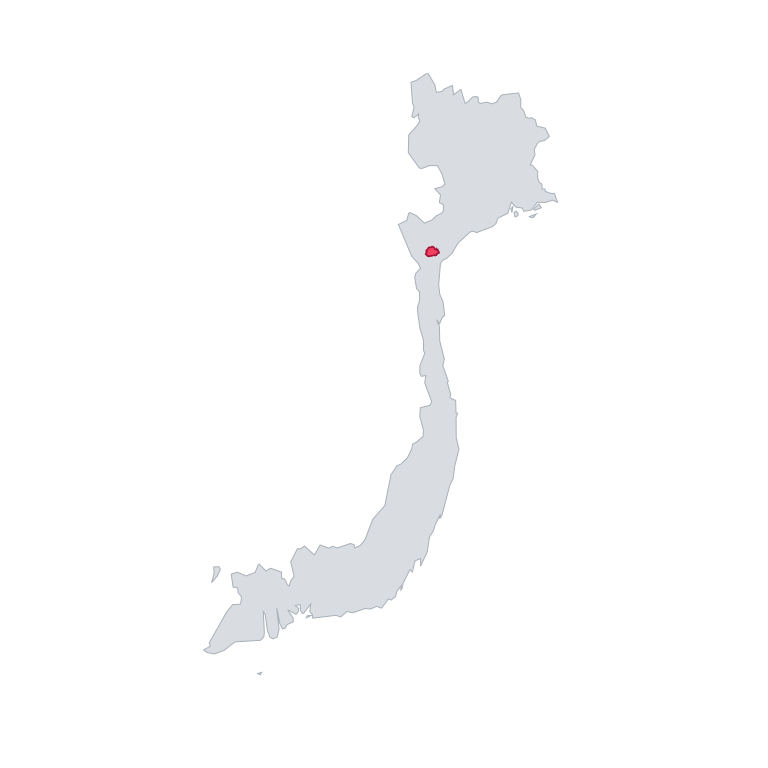 Tan Ky, Nghệ An, Vietnam (highlighted), rotated 28°
{"feature_id": "81297802B12421029194754", "entity_name": "Tan Ky", "entity_type": "district", "adm_level": 2, "iso_a3": "VNM", "parent_name": "Vietnam", "parent_adm1": "Nghệ An", "projection": "equal_earth", "projection_center": [105.224, 19.102], "detail": "fine", "context": "in_parent", "style": "filled", "palette": "rose", "viewbox_px": 768, "rotation_deg": 28, "n_neighbors": 0, "source": "geoboundaries", "source_scale": "gbopen_adm2", "svg_char_len": 6193}
<svg xmlns="http://www.w3.org/2000/svg" viewBox="0 0 768 768"><g transform="rotate(28 384 384)"><path d="M451.9,142.1L446.7,142.5L441.2,148.0L434.0,151.6L432.3,161.4L426.3,165.9L423.4,163.8L417.4,165.9L411.0,163.7L413.2,175.1L406.8,184.0L407.5,189.8L405.8,194.2L394.6,206.9L391.2,207.1L388.8,209.2L383.3,224.3L382.6,236.9L380.2,244.1L377.8,247.1L377.2,251.0L385.8,271.0L391.5,279.0L397.1,283.2L405.4,295.0L404.2,298.1L404.8,304.8L400.9,302.8L401.3,303.6L406.0,307.3L413.1,320.0L425.5,333.5L427.5,340.4L439.5,351.4L439.2,352.9L447.7,361.8L448.7,365.3L455.0,364.9L460.9,375.4L462.7,375.4L463.4,379.8L472.9,397.4L480.8,406.4L484.8,422.7L489.5,435.2L489.6,442.3L496.8,472.7L496.4,476.7L495.0,472.7L495.3,484.3L496.5,490.4L496.0,497.9L501.0,512.0L501.8,527.6L498.2,520.9L494.4,525.6L497.3,536.7L494.1,535.7L494.4,550.7L495.9,555.9L495.5,557.9L493.9,553.9L492.6,561.0L494.0,565.9L491.8,571.4L488.8,571.7L487.1,583.0L481.7,583.9L477.8,589.0L473.0,590.9L463.9,600.6L458.1,602.3L455.1,610.0L450.0,610.9L431.0,624.2L428.8,621.0L425.3,619.8L422.6,612.7L420.7,624.1L419.3,624.9L416.3,622.7L413.5,618.2L409.6,621.3L414.0,622.2L415.2,625.2L414.5,628.7L405.0,628.6L413.6,633.2L415.5,636.6L411.3,642.1L411.3,646.1L409.3,647.9L404.5,644.4L394.3,632.0L406.4,649.6L408.5,657.5L405.7,661.1L402.2,661.2L396.5,656.0L387.4,643.4L384.3,641.7L395.0,659.6L396.6,663.6L395.3,668.3L373.5,681.6L367.7,694.5L360.9,702.1L353.6,704.1L349.6,703.5L353.7,696.9L351.2,694.5L352.1,659.0L354.0,649.8L360.2,646.1L360.2,644.1L358.0,638.7L353.0,636.7L350.7,632.8L346.1,634.2L338.4,623.6L342.9,619.0L352.3,618.2L358.7,610.9L357.9,602.7L358.6,601.6L367.4,604.6L370.4,599.9L381.8,598.2L385.0,603.7L387.8,602.8L393.0,606.7L395.1,606.8L394.1,601.2L395.0,596.1L385.1,584.8L384.9,569.9L387.3,569.1L389.9,564.5L402.8,567.6L403.2,556.1L412.5,554.8L414.6,551.6L420.0,550.5L429.2,540.6L433.0,539.9L435.1,542.5L438.7,537.9L440.3,530.2L437.6,508.8L441.8,490.9L432.8,460.9L433.8,450.3L436.6,446.7L439.3,438.0L439.0,428.4L437.5,423.7L439.9,420.3L443.1,411.7L440.2,405.8L430.9,395.9L427.2,387.9L434.5,381.4L434.6,377.4L419.5,364.0L416.9,356.9L413.4,359.7L410.7,357.9L407.1,351.1L405.6,337.9L403.2,335.8L398.1,326.6L389.6,318.0L379.5,304.0L377.4,299.8L376.2,293.4L372.0,286.0L368.0,284.5L360.9,275.2L360.1,271.3L362.0,264.6L357.0,261.3L348.2,258.0L321.8,236.4L327.3,228.8L325.7,221.8L326.3,220.5L333.6,220.1L344.1,223.0L349.1,217.1L351.4,210.7L355.0,205.8L355.0,203.0L352.4,197.9L347.7,197.8L345.1,190.5L337.1,187.7L342.4,182.8L344.0,178.9L336.6,171.4L328.7,166.1L321.7,169.7L316.3,175.9L313.8,176.7L296.9,168.4L288.9,152.4L292.1,139.4L292.1,134.7L288.8,132.4L287.9,129.3L285.4,134.8L283.0,134.9L280.5,125.1L277.5,122.9L266.2,104.9L269.7,101.2L275.2,90.9L277.2,89.1L288.6,96.1L293.3,102.0L298.3,98.0L298.3,95.8L304.3,88.3L309.6,96.0L313.6,87.8L323.8,98.1L325.4,96.1L327.4,89.1L330.2,87.0L332.4,86.6L335.1,90.8L337.4,91.1L342.4,86.9L347.5,86.1L350.9,82.3L351.9,74.3L353.1,72.8L366.1,63.9L371.3,68.6L374.7,75.5L379.2,77.3L384.1,81.8L387.8,81.2L389.1,79.6L393.7,79.8L397.9,84.6L406.2,82.4L413.8,87.9L411.3,93.9L407.5,96.7L406.5,99.7L406.6,106.5L409.8,110.8L410.2,122.0L412.3,121.1L420.0,124.3L422.9,129.8L426.6,133.1L429.6,133.4L432.1,137.7L434.7,136.3L435.9,138.2L441.3,137.5L445.1,135.8L451.9,142.1ZM326.6,624.5L326.9,631.8L325.1,640.4L322.9,631.0L319.6,625.4L324.0,622.9L326.6,624.5ZM440.2,154.5L435.6,159.8L433.9,159.7L436.2,152.3L440.2,154.5ZM422.1,174.6L420.8,174.7L418.2,171.3L419.6,169.4L422.5,170.7L423.1,172.3L422.1,174.6ZM437.7,166.9L435.9,168.0L433.8,167.9L438.6,162.3L437.7,166.9ZM414.5,166.8L416.4,172.5L413.7,169.6L414.5,166.8ZM428.8,622.1L425.2,626.9L425.0,624.7L428.8,622.1ZM411.2,698.9L408.4,698.9L411.4,696.0L411.2,698.9Z" fill="#d9dde1" stroke="#a8b0b8" stroke-width="1"/><path d="M364.5,249.7L364.6,249.3L364.8,249.2L365.0,249.2L365.2,248.8L365.3,248.7L365.5,248.6L365.8,248.7L366.0,248.5L366.1,248.4L366.3,248.3L366.3,248.2L366.6,247.9L366.8,247.6L366.9,247.4L367.0,247.3L367.2,247.2L367.4,247.1L367.5,247.0L367.6,246.9L367.9,246.9L368.0,246.8L368.1,246.7L368.3,246.7L368.5,246.5L368.8,246.6L369.0,246.4L369.4,246.1L369.5,246.0L369.7,245.8L369.8,245.7L369.9,245.3L369.9,245.2L370.0,244.9L370.0,244.7L369.9,244.5L369.7,244.6L369.4,244.7L369.2,244.5L369.2,244.4L369.3,244.3L369.5,244.3L369.7,244.0L370.0,243.6L370.2,243.4L370.3,243.2L370.5,243.1L370.8,242.7L371.1,242.5L371.2,242.4L371.1,242.2L370.8,241.9L370.6,241.8L370.4,241.6L370.2,241.4L370.0,241.2L369.9,241.1L369.7,241.0L369.5,240.9L369.4,240.9L369.1,241.1L368.9,241.1L368.9,240.9L369.0,240.9L368.9,240.8L368.7,240.9L368.7,240.7L368.6,240.4L368.4,240.3L368.3,240.1L368.2,240.2L368.2,240.3L367.7,240.6L367.6,240.4L367.6,240.2L367.4,240.2L367.3,240.3L367.2,240.3L367.1,240.2L367.1,240.4L367.1,240.7L367.1,240.8L366.8,240.9L366.7,241.0L366.4,241.0L366.2,241.0L366.1,240.9L365.9,241.1L365.7,241.0L365.4,241.0L365.3,240.9L365.3,240.7L365.1,240.4L364.9,240.3L364.8,240.2L364.6,240.2L364.6,240.3L364.5,240.2L364.4,240.2L364.2,240.0L363.8,239.9L363.7,239.8L363.4,239.8L363.2,239.9L362.9,240.0L362.7,239.9L362.4,239.9L362.2,239.9L362.1,240.0L361.9,240.0L361.8,240.3L361.8,240.6L361.8,240.8L361.7,240.9L361.6,241.0L361.4,241.0L361.2,241.1L361.1,241.3L360.9,241.4L360.9,241.5L360.8,241.8L360.6,241.9L360.4,241.9L360.3,242.0L360.2,242.0L359.9,241.9L359.7,242.1L359.6,242.3L359.6,242.5L359.3,242.8L359.2,243.1L359.3,243.4L359.3,243.6L359.4,243.8L359.5,243.9L359.5,244.0L359.4,244.2L359.3,244.4L359.2,244.5L359.1,244.8L359.0,245.0L358.9,245.1L358.8,245.3L358.7,245.6L358.7,245.8L358.7,246.0L358.8,246.0L358.9,246.3L358.9,246.5L359.0,246.9L359.3,246.9L359.6,246.9L359.8,246.9L359.8,247.0L359.7,247.1L359.8,247.2L359.8,247.3L359.8,247.5L359.6,247.7L359.6,247.9L359.6,248.1L359.6,248.5L359.5,248.8L359.7,249.0L359.8,249.1L360.0,249.2L360.2,249.3L360.2,249.6L360.3,249.7L360.2,249.7L360.1,249.8L360.1,250.0L360.4,249.9L360.6,249.8L360.7,249.7L360.8,249.7L361.0,249.7L361.1,249.8L361.3,250.0L361.5,250.1L361.6,250.3L361.9,250.3L362.0,250.3L362.2,250.5L362.3,250.4L362.4,250.5L362.5,250.5L362.8,250.5L363.0,250.5L363.1,250.4L363.3,250.4L363.5,250.3L363.5,250.2L363.8,250.2L364.0,250.1L364.2,249.8L364.3,249.7L364.5,249.7L364.5,249.7Z" fill="#f43f5e" stroke="#9f1239" stroke-width="1.5"/></g></svg>